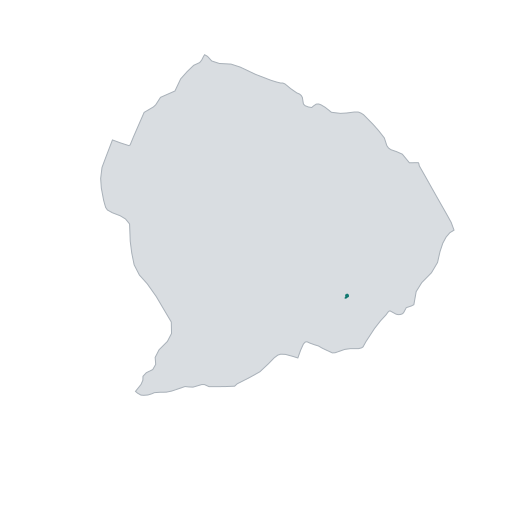 Gwanda Urban, Matabeleland South, Zimbabwe shown in context, rotated 291°
{"feature_id": "62879985B63510140227201", "entity_name": "Gwanda Urban", "entity_type": "district", "adm_level": 2, "iso_a3": "ZWE", "parent_name": "Zimbabwe", "parent_adm1": "Matabeleland South", "projection": "natural_earth1", "projection_center": [28.998, -20.935], "detail": "fine", "context": "in_parent", "style": "filled", "palette": "teal", "viewbox_px": 512, "rotation_deg": 291, "n_neighbors": 0, "source": "geoboundaries", "source_scale": "gbopen_adm2", "svg_char_len": 2631}
<svg xmlns="http://www.w3.org/2000/svg" viewBox="0 0 512 512"><g transform="rotate(291 256 256)"><path d="M351.1,431.6L347.2,428.6L341.8,426.7L334.9,425.8L326.0,426.2L315.0,427.8L303.2,425.8L290.6,420.3L280.2,418.3L267.7,420.7L267.1,420.8L265.0,418.9L261.6,414.8L255.9,414.1L254.3,413.2L253.1,411.7L252.2,409.7L251.9,407.6L252.8,400.9L252.3,400.1L250.8,399.3L247.7,398.5L240.2,395.5L230.7,392.6L215.4,389.3L209.5,388.5L208.1,387.5L206.3,385.0L203.4,377.4L200.6,372.3L194.0,364.5L192.9,362.0L193.3,355.8L193.7,350.8L194.4,346.5L194.1,342.5L194.0,337.6L194.2,334.3L193.3,332.8L190.9,331.8L184.1,331.4L175.8,331.6L175.5,326.5L174.7,318.7L173.2,314.3L171.3,311.9L167.5,309.5L159.8,306.2L149.3,301.1L140.3,293.6L130.0,284.3L126.8,282.7L123.0,273.9L117.2,259.0L117.5,254.0L116.6,251.5L111.0,244.2L109.7,240.3L108.7,236.5L99.7,225.7L96.7,221.0L94.3,215.0L92.0,210.1L90.1,208.2L87.5,204.9L85.7,201.1L84.9,198.4L85.5,194.6L86.4,192.0L94.9,194.7L99.5,194.9L103.2,193.6L107.7,195.4L113.0,200.3L118.9,201.2L125.2,198.2L133.7,199.1L144.5,203.9L153.4,204.9L164.0,200.6L173.5,188.6L182.4,177.4L191.1,164.4L196.4,154.0L204.1,145.4L214.3,138.9L224.7,133.3L240.6,126.5L243.8,120.9L244.9,114.8L244.9,106.3L245.7,100.8L247.4,98.3L250.0,96.3L253.4,93.8L263.9,87.3L272.7,83.2L283.5,80.5L295.2,80.4L306.5,80.4L312.9,80.4L313.0,88.6L313.5,97.8L314.7,98.7L323.2,98.9L336.9,99.5L350.0,100.1L358.4,106.8L361.2,108.2L369.9,110.0L381.0,121.2L394.4,122.2L403.6,125.7L411.7,129.5L416.4,134.1L419.4,135.1L423.5,135.5L425.5,135.9L425.0,139.2L422.2,144.8L422.6,152.8L426.2,163.9L426.7,173.5L425.4,190.6L425.4,207.1L425.8,213.0L426.3,216.9L427.1,219.0L427.0,221.4L424.7,228.3L422.9,235.6L422.8,238.6L422.1,240.6L420.7,242.4L414.9,245.8L413.9,247.9L413.9,251.6L414.6,254.8L416.8,256.0L419.4,257.8L420.4,260.1L420.4,262.6L419.6,267.3L417.2,274.9L419.4,283.7L422.0,289.4L425.6,296.1L427.1,300.1L427.0,303.1L426.4,305.9L420.9,318.0L417.0,325.5L412.2,333.5L405.9,338.6L404.3,341.0L403.6,343.8L403.8,349.8L403.5,356.1L398.0,365.8L401.3,374.1L400.6,374.9L398.7,376.1L391.0,385.5L383.1,395.0L377.4,401.9L370.9,409.8L363.6,418.7L357.3,426.2L351.1,431.6Z" fill="#d9dde1" stroke="#a8b0b8" stroke-width="1"/><path d="M251.0,354.2L251.0,354.3L250.9,354.3L250.7,354.7L250.7,354.8L250.8,354.8L250.8,355.0L250.7,355.0L250.4,354.9L249.0,354.5L249.0,354.9L250.1,355.5L250.4,355.6L250.7,355.7L250.7,355.8L250.8,355.9L250.8,356.0L251.0,356.0L251.3,356.5L252.0,356.3L252.5,356.0L252.6,355.9L252.7,355.3L252.7,355.1L252.8,354.8L252.6,354.7L252.4,354.6L252.0,354.5L251.4,354.3L251.5,354.1L251.3,354.1L251.2,354.1L251.0,354.2Z" fill="#14b8a6" stroke="#0f766e" stroke-width="1.5"/></g></svg>